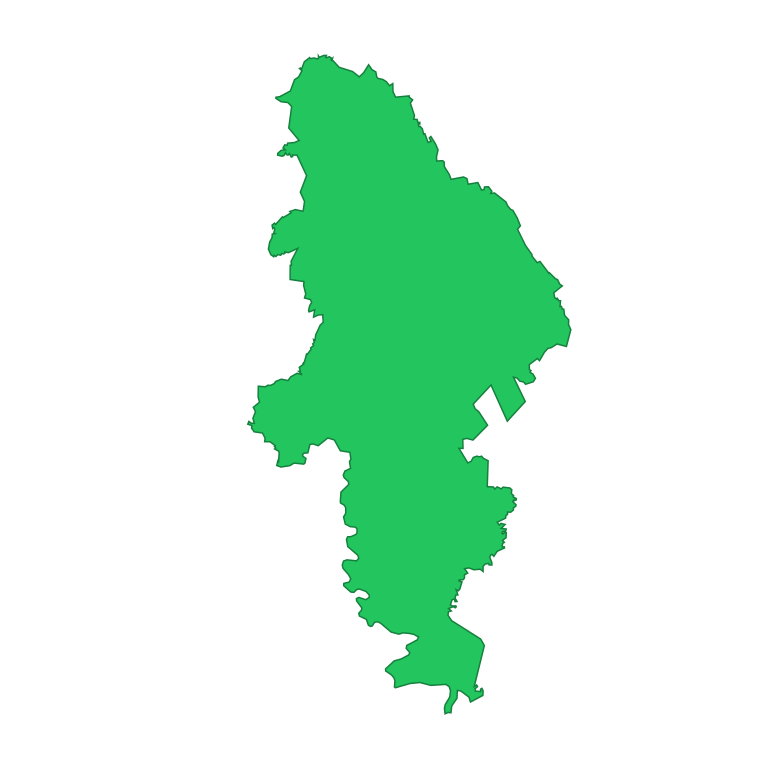 Tezonapa, Veracruz, Mexico, rotated 13°
{"feature_id": "50627088B71934722124571", "entity_name": "Tezonapa", "entity_type": "district", "adm_level": 2, "iso_a3": "MEX", "parent_name": "Mexico", "parent_adm1": "Veracruz", "projection": "albers", "projection_center": [-96.777, 18.559], "detail": "fine", "context": "isolated", "style": "filled", "palette": "green", "viewbox_px": 768, "rotation_deg": 13, "n_neighbors": 0, "source": "geoboundaries", "source_scale": "gbopen_adm2", "svg_char_len": 6120}
<svg xmlns="http://www.w3.org/2000/svg" viewBox="0 0 768 768"><g transform="rotate(13 384 384)"><path d="M538.5,477.6L538.0,475.5L539.9,473.5L539.8,471.9L535.9,469.7L536.8,467.4L537.3,468.3L538.9,467.3L538.7,465.8L535.3,465.1L535.5,463.7L532.7,462.0L532.3,458.3L530.0,457.0L523.2,457.7L521.9,459.8L517.4,458.8L515.6,461.4L513.8,459.7L507.7,460.8L502.7,435.3L497.6,434.1L495.3,432.4L493.3,433.5L490.7,433.4L487.5,435.5L486.3,439.8L483.4,442.0L471.5,429.8L475.5,429.0L473.2,420.2L477.0,418.4L483.3,418.6L494.2,400.9L482.6,389.7L478.3,387.6L475.5,383.5L488.5,360.9L512.5,392.5L525.6,369.3L508.7,348.3L512.1,348.2L515.8,350.7L519.5,350.6L522.0,352.4L528.9,348.3L530.3,344.4L526.8,340.7L523.7,339.8L524.2,337.8L522.4,337.2L521.2,332.4L527.7,324.7L530.3,326.3L533.2,316.9L535.7,312.5L539.0,310.8L543.5,306.1L553.3,306.4L553.8,289.0L550.4,284.5L549.5,279.9L544.6,276.6L542.3,270.6L540.9,271.0L539.5,268.5L538.1,269.0L537.3,263.2L535.7,263.5L533.5,261.6L533.4,262.5L530.9,261.5L528.9,256.9L535.7,248.3L532.8,247.2L529.6,243.2L527.4,242.9L520.0,238.3L519.6,238.9L508.4,229.5L505.9,231.3L499.6,226.2L498.9,224.4L490.9,217.4L479.3,203.2L481.3,199.2L476.5,192.3L470.5,185.8L468.3,185.5L464.4,182.6L462.0,179.3L448.7,173.0L445.1,174.3L445.7,171.9L441.4,168.3L437.6,169.4L437.7,172.2L435.5,173.1L430.1,166.6L421.0,170.4L418.6,165.2L414.9,164.4L403.3,169.5L400.5,165.2L393.9,158.6L392.6,154.1L390.9,153.2L385.2,154.9L384.0,150.5L384.0,143.7L380.0,138.3L374.0,132.3L372.8,134.0L375.2,137.1L372.6,138.7L367.5,130.9L366.4,131.6L364.0,126.8L361.2,124.8L360.1,125.3L359.0,123.2L360.5,122.5L360.0,121.0L358.3,121.7L356.8,118.8L353.3,119.3L353.3,115.6L346.5,104.4L348.0,100.7L343.0,98.4L344.3,97.4L330.8,101.9L327.0,97.2L325.0,89.3L322.3,92.1L318.3,88.9L314.3,87.5L309.4,87.6L307.9,86.5L305.8,81.7L301.7,80.5L297.2,76.4L294.2,85.1L290.8,90.3L283.1,86.6L269.0,85.5L261.6,80.4L260.5,80.6L260.6,78.1L259.5,79.6L259.0,78.1L257.1,77.4L254.4,79.1L253.6,78.7L254.0,76.8L251.6,77.3L247.4,80.2L246.3,79.1L246.9,81.4L245.8,82.3L242.8,82.0L238.8,83.6L238.1,82.7L233.9,87.9L232.9,95.6L231.5,94.9L230.7,95.6L233.6,97.2L231.7,104.1L228.4,107.6L226.8,119.6L217.7,127.5L214.2,128.9L214.4,130.0L220.2,132.1L227.1,131.4L231.6,134.4L233.6,156.0L246.5,165.8L242.3,168.9L235.9,171.0L236.0,173.1L233.5,173.3L232.5,176.8L235.2,178.1L231.2,179.5L228.6,183.2L228.9,184.9L233.5,185.0L235.2,183.8L235.9,180.9L237.8,182.6L239.3,182.3L239.9,180.7L242.6,183.7L243.8,183.0L243.5,181.4L247.8,180.6L261.7,198.4L259.3,215.9L265.5,224.0L266.2,232.2L266.1,233.9L258.4,234.0L253.4,237.1L254.9,238.2L248.3,244.5L247.4,244.0L242.5,252.9L241.1,251.9L239.2,254.4L240.6,257.6L241.7,256.3L242.7,257.5L242.6,261.8L243.8,262.0L241.4,263.1L242.0,266.6L240.7,271.3L241.0,278.5L244.6,283.4L247.9,284.8L248.0,283.4L250.0,284.1L251.4,281.8L254.4,281.8L255.0,279.9L257.0,279.9L258.2,278.6L257.6,277.5L261.2,277.6L269.5,271.2L265.9,285.3L267.1,289.1L265.9,289.4L269.0,303.3L283.0,302.2L283.5,306.0L287.5,313.9L287.2,318.1L293.3,318.3L295.1,320.6L293.9,324.7L294.0,329.6L294.8,330.6L299.8,327.3L300.3,334.7L304.6,331.5L308.7,330.3L310.9,337.5L308.6,341.0L306.4,351.5L306.9,356.9L305.4,356.5L306.7,359.3L305.5,361.0L306.8,362.4L304.4,365.3L305.1,366.6L302.6,372.3L301.8,372.2L301.5,380.0L300.5,382.2L301.3,382.6L297.7,386.8L299.6,390.2L298.0,390.8L302.2,393.4L296.9,393.1L291.5,398.0L289.7,402.2L282.9,402.4L277.7,406.0L277.2,408.1L273.7,410.9L271.1,411.3L269.0,413.4L262.0,414.4L264.3,425.1L266.8,429.7L261.9,436.1L265.0,439.8L264.0,447.0L266.5,451.5L263.3,452.0L260.8,450.8L260.3,453.8L264.6,454.2L264.9,456.8L268.2,459.8L276.6,459.1L280.3,463.5L280.7,467.1L286.0,465.9L291.9,468.6L291.3,469.5L292.9,470.8L292.0,471.9L296.4,473.1L297.3,474.5L298.7,483.3L297.9,482.7L297.8,487.5L302.3,488.1L310.7,484.7L314.1,481.3L323.8,480.1L324.7,479.0L324.7,474.1L321.4,472.7L320.5,471.2L321.4,469.5L325.3,468.2L325.4,459.5L328.3,458.4L333.8,458.9L341.4,449.2L348.2,449.7L356.5,458.9L366.1,458.2L368.7,464.7L367.8,467.3L370.4,473.7L365.5,477.6L364.8,481.9L366.2,484.2L371.3,487.2L372.2,489.9L366.4,499.0L367.9,508.5L368.4,509.7L372.3,510.9L374.5,513.0L375.8,518.6L374.5,522.6L377.8,529.2L383.1,530.6L388.3,529.9L390.3,531.2L391.2,535.1L390.4,537.0L386.2,540.1L382.9,541.1L382.4,543.9L385.3,550.6L396.9,556.7L398.6,559.5L397.0,562.5L387.4,563.7L384.4,565.6L384.1,569.9L385.6,572.9L392.3,577.7L395.4,581.3L394.7,584.8L389.7,587.3L390.1,589.6L398.5,594.2L401.5,593.8L403.8,590.3L406.1,589.3L413.1,590.2L417.0,592.8L417.6,595.4L414.6,598.3L407.5,597.6L405.4,599.3L406.1,601.5L412.8,607.2L412.9,609.5L411.0,613.0L412.2,615.6L419.8,617.3L423.1,622.6L425.6,623.2L427.0,622.4L428.4,618.3L431.3,617.1L434.7,617.9L446.6,624.1L454.7,624.4L458.6,622.2L464.1,621.4L469.1,621.2L474.6,622.7L474.0,625.8L465.0,633.6L465.1,636.6L469.6,640.0L469.0,642.5L462.3,648.2L456.2,651.5L449.6,661.3L450.3,663.3L456.6,665.7L459.7,668.0L461.4,670.6L462.3,676.8L463.4,677.4L476.9,669.9L486.1,666.8L497.4,667.1L511.8,662.8L515.5,664.1L517.7,667.7L518.3,672.0L518.4,674.5L515.8,682.5L515.8,686.3L517.7,691.6L520.4,689.6L523.2,689.3L522.4,682.5L525.8,673.8L524.4,666.1L527.8,665.8L537.2,670.0L539.8,674.4L550.4,665.2L549.6,660.7L547.8,658.5L546.8,659.6L547.2,662.0L542.0,662.6L541.4,660.4L543.2,657.8L542.0,656.4L540.0,658.4L540.6,616.3L535.6,610.8L503.2,599.4L498.4,595.0L498.0,591.4L500.6,590.0L497.4,588.2L501.6,585.4L503.9,586.0L504.5,584.9L503.9,584.0L501.0,584.9L498.4,584.3L498.9,578.8L501.1,577.9L502.2,580.1L504.1,579.5L501.3,576.5L501.5,573.5L503.4,572.9L500.5,568.1L503.0,568.8L504.0,566.8L504.5,559.2L501.5,559.2L501.2,558.1L505.3,556.8L506.0,555.0L505.4,551.8L508.1,549.4L504.0,545.8L508.2,544.1L513.4,544.8L519.4,542.8L522.7,544.4L521.6,539.6L522.9,536.8L526.5,535.2L527.0,536.6L529.8,536.2L529.4,534.0L525.9,528.8L526.7,526.3L527.6,525.7L529.8,527.2L531.9,521.6L538.3,516.6L537.9,515.6L535.7,516.0L535.5,512.6L536.9,511.3L534.7,509.6L537.5,506.4L536.6,501.3L535.1,501.0L534.0,503.2L532.6,503.1L532.9,501.1L535.6,499.8L535.7,497.8L530.7,498.3L533.6,493.6L529.3,493.5L528.1,495.5L525.4,493.2L532.7,487.3L532.3,485.1L533.7,483.2L533.1,481.0L536.3,480.4L538.5,477.6Z" fill="#22c55e" stroke="#15803d" stroke-width="1.5"/></g></svg>